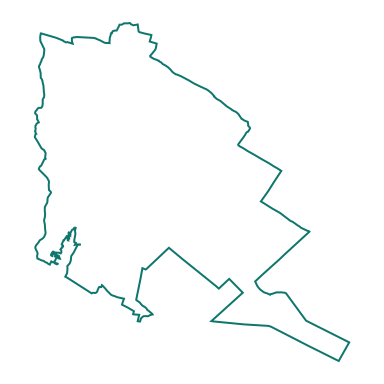 Racoviteni, Buzau, Romania (orthographic projection)
{"feature_id": "2599482B64050799943306", "entity_name": "Racoviteni", "entity_type": "district", "adm_level": 2, "iso_a3": "ROU", "parent_name": "Romania", "parent_adm1": "Buzau", "projection": "orthographic", "projection_center": [26.904, 45.34], "detail": "fine", "context": "isolated", "style": "outline", "palette": "teal", "viewbox_px": 384, "rotation_deg": 0, "n_neighbors": 0, "source": "geoboundaries", "source_scale": "gbopen_adm2", "svg_char_len": 5673}
<svg xmlns="http://www.w3.org/2000/svg" viewBox="0 0 384 384"><path d="M349.2,342.4L306.1,320.7L286.4,293.8L286.2,293.4L284.7,292.7L280.3,292.3L278.4,292.5L276.7,292.3L272.3,293.8L270.4,294.2L270.1,294.7L269.6,294.6L268.0,293.7L263.9,292.3L260.4,289.7L258.7,287.9L257.6,286.4L256.8,285.1L256.3,283.8L255.5,282.2L255.2,281.4L263.7,273.5L279.5,259.3L285.3,253.8L309.4,231.7L308.9,231.2L306.9,230.6L300.7,227.6L299.6,226.5L297.5,225.3L295.1,223.5L292.3,221.6L290.7,221.1L280.0,212.9L272.7,208.8L260.9,201.4L268.2,191.2L274.0,182.0L281.3,170.9L277.3,168.3L273.9,166.4L269.1,163.3L261.6,159.1L254.7,155.0L247.9,151.2L243.9,148.6L239.2,146.0L238.4,145.4L238.2,144.8L238.3,144.3L243.6,137.1L245.2,134.7L246.0,133.1L247.0,132.1L248.0,131.7L249.7,129.1L250.0,128.2L249.9,127.8L249.4,127.0L248.2,125.8L248.1,125.4L248.2,124.5L247.8,121.9L244.6,120.6L243.3,119.9L242.6,119.2L241.5,118.8L241.0,117.9L240.0,116.5L238.3,113.9L236.6,112.4L235.4,111.6L234.1,111.1L231.8,109.8L231.7,109.5L226.7,106.3L220.5,101.0L216.7,98.9L214.1,96.6L214.3,96.2L211.5,93.1L208.7,90.8L206.1,89.1L204.3,88.4L202.3,87.4L201.7,87.2L194.2,83.6L188.7,80.3L180.9,76.2L177.1,74.6L176.0,74.4L174.5,73.5L172.4,71.9L170.6,69.7L167.9,67.1L167.6,67.0L166.0,65.8L162.7,64.0L160.9,62.2L159.7,61.7L158.4,60.8L158.5,60.6L157.9,60.3L154.3,59.0L152.4,58.1L152.4,57.9L150.4,56.8L150.1,56.0L150.2,55.8L152.7,52.9L155.3,49.6L155.8,48.3L156.7,43.6L149.7,41.5L151.0,37.1L151.4,35.0L144.5,33.5L139.3,32.1L138.9,31.7L138.6,31.4L137.7,24.5L133.2,25.3L130.8,24.1L130.2,23.2L129.4,23.0L128.3,23.3L124.0,23.3L122.0,24.6L119.5,24.7L119.3,25.3L118.1,27.9L117.8,28.2L117.4,29.3L116.7,30.5L115.0,30.5L114.2,30.8L113.4,30.9L112.8,31.2L112.5,31.6L112.0,33.0L111.6,32.8L110.9,33.4L110.8,34.7L109.8,37.9L109.7,39.3L109.7,40.4L109.4,41.6L109.6,43.1L106.5,42.9L105.8,43.0L104.3,42.6L99.5,40.1L96.7,39.0L95.7,38.3L95.3,38.4L93.5,37.9L76.6,37.0L74.4,37.4L73.8,37.3L71.9,38.1L71.9,40.7L72.0,41.5L72.7,43.7L67.5,42.1L66.1,42.4L65.7,42.3L64.9,41.7L64.1,41.5L63.4,41.1L62.9,40.5L56.2,37.8L41.1,33.4L40.8,33.4L40.2,36.8L40.2,38.8L40.4,40.3L40.3,40.8L40.5,41.4L44.2,49.0L44.3,49.3L44.3,50.1L43.8,55.0L43.2,57.2L41.7,59.4L41.5,60.9L40.7,62.3L39.9,64.6L39.0,66.1L39.0,67.1L40.0,70.3L40.7,73.4L40.7,74.8L40.6,75.3L40.8,76.4L40.7,77.7L41.8,79.2L42.4,80.7L42.8,83.3L43.4,85.3L43.6,88.0L43.9,92.3L44.3,94.8L44.1,96.8L44.0,97.3L43.1,98.7L42.7,99.8L42.7,103.9L42.5,105.5L42.2,106.5L41.3,107.8L38.7,107.9L38.3,108.1L37.7,108.6L36.5,110.3L35.5,111.4L35.1,112.7L35.2,113.4L36.9,115.2L37.1,115.7L37.1,117.0L37.1,119.3L37.8,120.3L38.8,122.4L37.6,122.9L36.6,123.8L35.4,126.0L35.4,127.3L35.7,128.5L35.5,129.0L35.5,129.8L35.1,131.1L35.4,131.4L35.3,131.7L35.5,132.2L35.6,133.0L36.0,133.6L35.8,133.6L35.4,134.5L35.2,135.6L34.9,136.2L34.8,137.0L34.9,137.3L37.8,141.9L41.3,148.0L42.7,149.3L43.3,149.5L44.0,150.0L45.6,153.0L45.5,154.6L45.1,157.4L45.7,158.6L45.7,158.8L45.3,159.1L44.3,159.3L41.3,165.5L40.1,166.4L39.4,167.4L38.8,169.0L39.1,169.6L40.7,171.3L44.1,174.6L46.3,176.9L47.2,177.9L48.0,179.5L48.7,180.6L49.0,181.9L48.7,185.0L48.8,186.3L48.8,187.7L49.0,189.6L49.1,190.2L50.6,191.6L51.0,192.3L50.9,192.9L48.0,197.2L47.6,198.2L47.4,201.9L46.9,203.3L45.2,206.3L44.9,207.1L44.8,207.8L44.8,211.6L45.1,213.3L45.1,214.2L45.0,216.4L44.1,220.2L44.2,221.6L44.8,224.0L45.1,229.2L45.5,232.0L45.6,232.9L45.5,233.6L44.5,236.1L44.0,237.1L42.4,238.7L40.2,240.0L39.6,240.6L38.3,242.7L36.4,245.0L35.8,245.9L35.3,247.2L35.5,248.6L37.4,252.5L37.6,253.7L37.1,255.8L37.1,256.8L37.4,257.5L37.4,258.5L41.4,260.3L42.2,260.6L43.1,260.7L43.9,261.1L44.5,261.6L45.4,262.2L47.0,262.8L48.3,263.9L49.8,264.6L51.3,261.4L53.1,262.4L54.5,262.6L54.9,263.4L56.8,264.3L57.8,263.8L57.7,263.6L56.4,263.3L55.4,262.8L54.7,262.1L54.4,262.0L54.4,261.3L55.3,260.3L56.0,258.4L56.5,257.6L58.1,258.1L58.8,258.5L59.9,258.7L59.4,257.4L59.3,257.1L59.0,257.7L58.4,257.6L58.2,257.7L57.7,257.5L55.8,256.7L55.0,256.5L54.8,256.4L55.2,255.4L55.8,255.2L56.8,255.6L59.0,256.8L58.1,255.5L53.3,253.4L52.2,256.0L51.5,255.7L51.2,255.5L51.5,254.6L51.2,254.5L51.7,253.3L52.2,252.5L53.0,251.6L53.3,251.6L56.2,253.2L56.4,252.6L59.3,252.8L60.7,253.4L61.3,252.5L61.4,251.8L61.2,250.2L60.4,249.6L61.2,248.3L62.1,247.8L62.2,246.8L63.0,246.6L63.1,245.8L62.8,245.4L61.7,244.4L63.5,240.3L63.9,240.5L64.9,238.9L66.5,236.6L67.3,237.9L67.8,240.2L68.3,240.4L68.2,239.0L68.8,238.8L68.0,237.7L67.3,236.1L67.6,236.0L68.2,237.4L69.0,238.4L69.4,238.9L68.4,235.6L68.5,235.1L69.2,234.9L70.3,235.7L70.4,234.4L69.4,234.3L68.7,233.7L68.5,233.0L68.9,232.4L69.6,232.8L70.1,233.6L71.9,230.1L72.4,229.7L73.3,229.4L73.9,228.2L74.7,227.7L75.3,227.7L75.7,227.9L75.0,230.3L75.4,234.1L74.3,239.9L74.2,241.9L74.2,242.0L74.4,242.2L75.9,242.9L74.9,244.8L75.4,244.7L76.7,244.4L79.9,244.4L79.9,244.7L77.6,244.8L74.0,252.0L71.2,256.2L70.8,260.5L69.8,263.3L67.3,266.1L67.5,268.7L67.1,273.1L65.3,276.7L66.9,277.5L91.7,293.4L92.0,293.2L92.8,292.8L93.7,292.8L95.1,293.0L95.6,292.9L96.5,292.4L97.4,291.2L97.6,290.2L98.9,287.3L99.3,287.0L101.2,287.1L101.5,286.6L101.9,285.1L102.1,285.2L104.9,288.1L107.1,290.8L111.0,294.7L112.3,295.4L114.8,296.2L117.2,297.2L124.0,298.7L122.6,302.5L122.0,304.7L127.6,307.5L133.9,311.2L133.1,314.2L133.7,314.4L139.2,314.8L137.7,321.2L139.9,321.6L140.4,320.6L140.9,318.6L142.0,317.4L143.4,316.3L144.0,316.1L148.1,316.2L150.5,314.9L152.6,314.5L152.3,314.0L148.5,310.7L147.3,309.9L146.4,308.4L145.5,307.5L142.3,305.5L141.0,304.1L140.2,303.0L139.4,302.2L137.3,300.8L136.2,299.8L140.5,278.7L142.4,268.2L145.7,269.5L146.3,269.1L168.9,247.8L182.5,259.1L215.9,286.0L218.8,288.6L229.2,278.9L242.8,292.7L211.4,321.1L213.1,321.4L244.1,324.4L268.5,325.9L271.0,326.7L308.6,346.0L338.7,361.0L349.2,342.4Z" fill="none" stroke="#0f766e" stroke-width="2"/></svg>